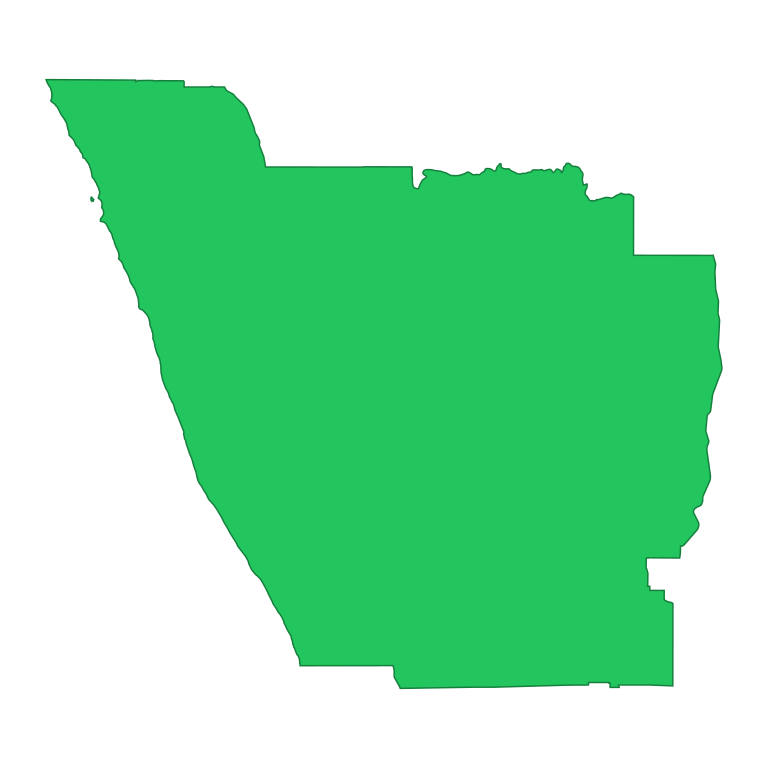 Gingin, Western Australia, Australia (Natural Earth projection)
{"feature_id": "25037944B53188273537939", "entity_name": "Gingin", "entity_type": "district", "adm_level": 2, "iso_a3": "AUS", "parent_name": "Australia", "parent_adm1": "Western Australia", "projection": "natural_earth1", "projection_center": [115.595, -31.184], "detail": "fine", "context": "isolated", "style": "filled", "palette": "green", "viewbox_px": 768, "rotation_deg": 0, "n_neighbors": 0, "source": "geoboundaries", "source_scale": "gbopen_adm2", "svg_char_len": 6035}
<svg xmlns="http://www.w3.org/2000/svg" viewBox="0 0 768 768"><path d="M715.7,289.4L714.9,271.7L715.6,264.9L715.6,263.8L713.1,255.2L712.1,255.4L633.5,255.3L633.6,196.8L631.2,194.9L630.0,194.5L628.8,194.1L627.9,194.4L625.7,194.3L624.5,194.6L624.0,194.1L622.9,194.1L621.5,193.2L620.5,193.5L618.5,194.7L616.2,195.4L615.2,196.5L614.6,196.6L612.4,197.9L611.1,198.1L608.4,197.5L605.8,197.4L598.2,199.7L596.4,199.6L595.8,200.5L595.0,200.8L594.1,200.8L593.6,201.1L592.8,200.6L592.0,200.8L589.9,200.5L589.5,200.3L586.9,196.0L586.0,195.6L585.1,193.9L585.2,191.8L585.7,190.0L586.5,188.8L587.1,186.3L587.2,184.8L587.1,184.2L586.8,183.9L585.6,184.5L583.7,185.0L583.3,184.7L582.4,180.4L582.4,178.3L583.0,174.9L582.9,174.0L582.4,172.5L581.2,171.1L579.5,168.3L578.3,167.2L575.0,166.3L572.9,166.5L571.1,165.2L569.7,163.8L568.9,163.4L568.0,163.3L566.3,163.5L565.7,165.1L563.7,167.1L563.1,170.4L561.8,172.7L561.2,172.2L561.1,171.2L560.8,170.5L558.0,169.2L557.1,169.0L556.4,169.3L554.1,172.2L553.4,172.5L552.9,172.3L552.1,171.3L551.6,170.3L550.0,169.3L547.6,169.7L545.0,170.6L544.0,170.7L543.4,170.6L542.2,169.7L541.5,169.6L539.0,170.0L533.5,169.9L532.2,170.3L531.5,171.5L531.1,171.9L528.4,172.3L525.0,173.5L522.9,173.3L520.7,174.0L517.9,173.9L510.9,170.6L509.1,168.9L505.0,168.9L502.2,168.0L501.4,167.5L501.1,167.1L501.1,164.2L500.8,163.9L500.1,163.7L499.6,163.9L498.9,165.0L497.5,166.4L496.9,167.4L496.1,169.8L495.6,170.8L495.2,171.1L493.7,170.9L492.1,169.7L489.8,168.7L486.7,168.5L485.3,169.1L484.5,171.3L482.3,172.4L480.1,174.3L478.9,174.8L476.8,174.4L475.4,174.8L472.8,174.7L469.6,172.6L468.7,172.2L467.7,172.1L466.6,172.5L464.3,173.8L459.4,175.4L456.2,175.7L451.5,175.5L449.8,175.0L446.7,173.2L440.4,171.2L435.3,170.6L431.4,169.7L426.8,169.6L425.0,170.0L424.0,170.6L423.2,171.7L422.9,173.0L423.1,173.5L423.9,174.6L426.2,176.1L426.6,176.7L426.4,177.5L425.2,178.1L422.3,180.2L420.1,184.3L418.7,188.1L418.1,188.6L417.1,188.8L414.0,187.7L412.8,185.5L412.8,184.5L412.5,183.6L412.4,178.0L412.1,175.9L412.2,168.8L412.2,167.8L411.8,166.9L364.3,166.8L363.9,166.8L363.8,167.1L265.6,167.0L263.7,156.4L259.3,145.1L259.7,142.3L259.5,140.8L257.5,136.6L255.3,133.1L254.8,131.6L254.2,127.9L246.6,108.9L243.3,104.3L236.3,97.8L233.2,94.2L227.5,91.1L226.3,90.1L225.3,88.6L224.6,87.0L215.0,87.0L212.0,86.3L210.1,86.9L208.5,87.0L184.1,87.0L184.1,81.6L183.5,80.8L159.6,80.7L154.5,80.9L153.7,80.9L153.1,80.5L147.9,80.4L137.7,80.6L136.8,81.3L135.7,81.6L135.7,80.1L46.1,79.6L47.0,82.3L49.1,86.0L50.4,87.7L51.6,91.9L51.9,95.0L51.8,96.8L51.6,98.6L50.8,100.9L52.3,102.3L54.9,104.2L56.0,105.9L57.4,107.2L61.0,114.3L64.1,118.8L65.8,121.7L66.7,123.6L67.9,129.0L68.9,131.9L69.1,135.3L69.4,135.7L70.0,136.1L73.1,139.2L74.3,141.1L75.9,145.3L77.5,146.7L78.3,147.9L79.4,149.0L80.4,151.7L82.0,153.4L82.5,154.9L83.0,157.6L85.1,158.8L88.5,163.7L89.6,166.0L91.3,171.5L92.3,177.3L94.6,179.9L94.9,181.0L96.4,183.2L96.6,184.0L98.6,188.3L99.1,190.3L99.5,191.0L99.7,192.2L99.5,193.9L98.4,197.4L98.3,198.1L100.9,200.4L101.8,202.3L102.1,203.6L101.8,207.3L102.2,208.5L102.9,209.4L103.3,210.4L103.6,212.4L103.5,214.5L103.0,215.6L100.6,218.8L100.4,220.5L100.5,221.4L102.4,221.6L104.4,222.4L105.7,223.4L106.8,225.1L109.6,230.9L111.5,233.4L112.0,235.0L112.8,238.1L114.3,241.4L114.5,242.9L115.9,246.7L118.1,251.2L118.9,254.1L119.0,256.5L118.6,258.8L121.2,261.4L122.5,263.3L123.4,265.9L123.7,267.4L125.8,270.7L128.2,275.2L129.5,278.6L129.9,280.9L131.1,283.3L134.4,288.5L135.3,290.2L138.2,298.5L138.9,305.2L138.6,306.8L139.8,308.9L141.7,309.6L143.2,310.6L146.5,314.2L147.9,316.2L148.9,318.5L149.8,322.3L150.1,325.7L151.8,329.8L152.0,331.1L152.5,332.3L153.0,335.7L152.9,338.7L154.1,341.6L154.9,346.2L156.3,351.3L157.8,355.3L159.3,358.3L160.2,361.5L160.3,363.5L160.8,365.0L160.7,366.2L161.0,367.5L160.9,369.1L161.1,372.6L162.6,379.9L165.7,388.1L168.3,392.8L169.6,397.2L171.2,400.0L171.6,401.3L173.0,403.3L174.3,406.9L174.7,409.2L175.7,411.7L178.1,417.1L183.7,431.4L183.9,432.3L183.6,434.3L184.2,436.2L184.5,438.6L185.4,440.1L186.5,444.4L189.5,453.4L191.9,459.0L193.8,466.0L196.0,472.1L197.6,479.4L198.3,481.2L199.7,483.9L201.3,485.8L204.3,491.2L206.4,494.3L207.1,496.2L208.1,497.8L208.4,499.0L213.8,505.0L217.9,511.0L218.3,512.0L220.7,515.7L224.2,522.7L227.0,527.3L230.3,533.4L236.3,542.9L237.9,546.4L245.3,556.0L248.1,560.8L248.9,563.9L251.6,569.7L255.7,574.6L257.4,575.9L260.1,578.7L261.7,581.0L265.3,587.5L268.0,592.9L268.3,594.0L272.4,601.9L272.8,603.2L273.6,604.6L274.2,605.4L276.0,608.2L278.6,612.8L279.3,613.3L281.7,616.9L283.5,620.7L284.1,623.1L286.1,627.1L286.8,629.0L287.3,629.5L288.5,632.0L289.2,632.9L291.3,636.7L291.3,638.0L291.6,639.3L292.3,640.7L292.4,641.6L292.9,643.4L292.8,644.2L293.8,646.4L293.9,647.5L294.4,648.0L296.8,654.3L298.2,656.0L299.2,658.2L299.7,661.1L299.6,662.7L300.1,664.7L300.1,665.7L393.1,665.6L394.2,670.5L394.1,676.2L394.4,677.4L399.6,686.7L400.2,688.4L472.9,687.2L493.4,687.2L568.7,685.1L588.5,685.0L588.5,682.5L608.9,682.5L608.9,683.2L610.1,683.2L610.1,687.4L619.2,687.4L618.5,685.0L649.7,685.0L672.8,685.9L672.9,603.5L672.0,602.8L670.5,602.2L669.4,602.3L668.9,602.0L667.6,601.7L664.2,599.8L664.2,590.4L649.8,590.4L649.8,586.3L647.7,586.3L647.9,573.1L646.5,568.5L646.1,568.2L646.3,558.0L648.6,558.0L648.8,557.8L679.7,558.0L680.4,552.7L680.5,546.1L682.2,546.1L683.8,545.2L697.0,530.0L697.9,528.6L698.5,527.0L698.9,524.8L698.6,522.8L693.8,513.2L693.5,511.8L693.6,510.9L694.0,509.6L694.9,508.6L696.9,507.2L700.2,505.7L701.0,505.1L701.6,504.3L702.7,501.0L702.7,497.7L702.9,496.5L709.6,481.4L710.2,479.6L710.4,478.0L710.4,475.4L706.8,449.9L707.0,446.9L708.7,442.4L708.8,441.0L706.1,432.1L705.8,430.5L707.1,416.3L707.5,414.8L710.1,412.0L710.6,410.7L712.7,394.2L721.5,370.8L721.9,368.7L721.9,367.4L720.8,359.2L718.2,347.0L719.6,320.2L719.3,318.6L718.1,313.8L718.0,312.7L718.5,301.2L715.7,289.4ZM91.3,200.3L91.3,200.6L92.0,200.7L92.1,201.1L92.4,200.7L93.2,201.1L93.4,200.9L93.2,200.4L93.4,200.3L93.3,200.0L93.7,199.7L93.0,198.7L91.7,197.7L91.6,197.3L91.8,196.7L91.1,197.4L91.0,198.4L91.1,198.9L90.9,199.9L91.3,200.3Z" fill="#22c55e" stroke="#15803d" stroke-width="1.5"/></svg>